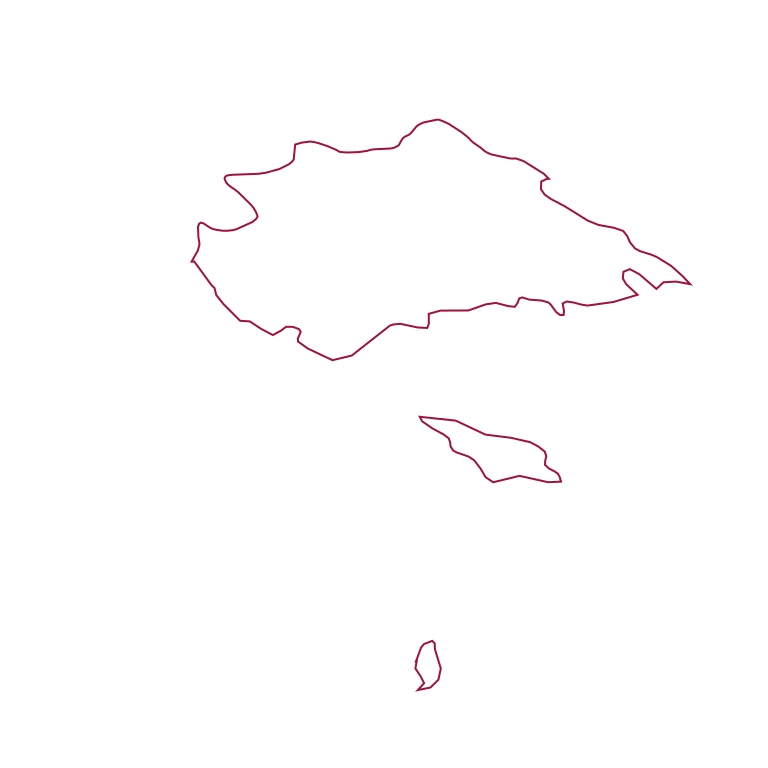 an SVG outline of Satun, rotated 295°
{"feature_id": "THA-385", "entity_name": "Satun", "entity_type": "Province", "adm_level": 1, "iso_a3": "THA", "parent_name": "Thailand", "parent_adm1": "", "projection": "equal_earth", "projection_center": [99.888, 6.793], "detail": "fine", "context": "isolated", "style": "outline", "palette": "rose", "viewbox_px": 768, "rotation_deg": 295, "n_neighbors": 0, "source": "natural_earth", "source_scale": "10m", "svg_char_len": 2760}
<svg xmlns="http://www.w3.org/2000/svg" viewBox="0 0 768 768"><g transform="rotate(295 384 384)"><path d="M639.7,446.7L638.4,444.6L633.9,440.9L626.8,444.0L623.6,449.5L622.2,457.2L621.5,472.4L618.2,499.6L618.8,511.0L622.8,526.6L623.8,536.1L620.8,542.0L616.4,547.0L613.0,554.0L612.6,560.0L614.2,571.7L614.4,577.5L612.4,594.3L608.0,608.9L603.9,619.3L600.2,605.3L594.3,594.3L585.3,590.7L591.4,569.1L592.0,558.3L587.0,553.6L580.6,555.8L576.8,561.4L572.0,576.1L555.3,557.3L541.1,535.3L539.4,529.4L538.0,521.6L536.0,514.8L532.5,511.9L526.2,516.3L522.5,517.6L520.9,514.4L522.0,509.6L526.5,501.4L527.4,498.2L526.2,491.4L521.9,480.1L520.9,472.7L518.7,470.4L514.0,470.8L509.2,469.9L507.1,463.6L504.8,451.2L499.3,442.7L486.3,429.4L474.4,404.2L466.5,394.9L457.5,399.2L453.1,399.5L449.5,390.8L445.5,373.6L442.0,367.4L439.3,364.6L396.2,342.8L383.8,327.2L383.9,300.3L386.1,288.2L388.8,286.7L396.0,286.5L397.8,283.7L397.3,277.3L394.5,271.1L389.0,268.2L381.4,262.6L382.0,249.8L384.0,235.9L380.5,226.9L388.6,204.7L393.8,194.3L399.3,189.9L400.9,185.5L414.8,160.3L413.6,157.9L413.8,157.9L426.0,158.9L432.1,157.9L434.9,156.4L438.0,154.1L447.6,149.1L450.8,148.7L452.7,149.6L453.2,151.7L453.1,154.1L452.3,158.9L452.1,161.6L452.3,164.0L452.8,166.5L454.7,173.0L456.5,176.9L459.4,181.8L461.9,184.8L475.1,196.2L479.5,198.3L482.3,198.7L483.7,197.5L486.2,194.7L488.3,191.6L490.1,188.0L496.1,171.2L497.2,166.7L498.0,161.5L498.8,158.4L500.0,155.7L502.7,152.7L504.5,152.5L506.1,153.2L507.3,154.6L509.4,157.9L521.4,181.3L525.6,187.7L534.7,198.4L543.2,205.1L546.6,206.7L549.3,207.3L563.5,202.3L568.1,207.6L572.6,214.7L573.6,218.0L574.6,222.7L575.7,232.4L576.0,241.6L575.7,244.4L575.7,244.7L575.7,245.1L575.7,245.8L576.8,249.1L578.7,253.7L583.5,263.1L588.2,270.2L590.6,272.9L592.6,276.0L600.2,290.4L601.3,292.0L602.4,293.3L605.4,295.7L607.0,296.5L613.1,296.9L615.0,297.4L616.7,298.2L620.9,301.6L622.6,302.3L630.4,304.4L632.3,305.1L635.2,307.1L637.9,309.5L645.8,320.1L646.7,321.9L647.1,326.4L647.1,332.9L645.0,347.8L643.5,354.2L642.2,358.3L641.3,360.2L640.5,363.0L639.1,371.3L637.6,376.8L637.3,379.9L637.4,384.2L641.5,402.3L642.4,404.7L644.2,408.4L645.0,416.3L642.1,439.9L639.7,446.7ZM377.1,569.4L376.9,575.6L376.1,579.6L374.0,582.5L370.3,585.7L364.3,574.1L358.0,545.6L341.1,524.5L342.5,515.4L348.0,507.5L352.9,498.2L354.0,491.4L352.7,479.1L352.9,474.9L355.6,470.7L359.2,468.5L362.2,465.5L363.5,459.0L364.2,446.7L366.3,434.3L369.4,430.3L381.1,464.4L381.0,497.3L388.9,521.8L393.1,541.4L392.5,550.7L390.7,558.2L387.2,561.6L382.7,562.5L378.8,564.1L377.1,569.4ZM165.4,530.3L171.6,536.3L170.3,539.6L165.2,542.2L150.2,555.7L139.0,558.3L128.6,554.4L120.9,544.0L129.8,546.8L134.6,540.7L139.4,532.7L148.4,530.3L144.7,530.3L161.2,529.0L165.4,530.3Z" fill="none" stroke="#9f1239" stroke-width="2"/></g></svg>